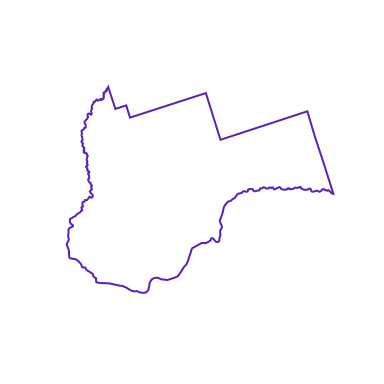 outline of Collón Curá, Neuquén, Argentina, rotated 26°
{"feature_id": "61730980B40628819919033", "entity_name": "Collón Curá", "entity_type": "district", "adm_level": 2, "iso_a3": "ARG", "parent_name": "Argentina", "parent_adm1": "Neuquén", "projection": "equal_earth", "projection_center": [-70.399, -40.052], "detail": "fine", "context": "isolated", "style": "outline", "palette": "violet", "viewbox_px": 384, "rotation_deg": 26, "n_neighbors": 0, "source": "geoboundaries", "source_scale": "gbopen_adm2", "svg_char_len": 5946}
<svg xmlns="http://www.w3.org/2000/svg" viewBox="0 0 384 384"><g transform="rotate(26 192 192)"><path d="M65.7,150.7L65.5,151.4L65.3,153.2L65.0,153.6L64.1,154.1L64.6,155.4L64.6,155.8L64.4,157.1L64.2,157.7L64.5,159.2L65.0,160.3L65.3,160.6L65.6,160.7L65.5,161.3L65.7,161.8L65.6,163.0L65.9,163.6L67.4,165.6L67.7,166.1L67.4,166.7L67.2,166.8L66.7,166.5L65.7,166.7L65.4,166.6L64.6,166.9L64.2,167.4L64.3,168.6L64.8,169.4L65.6,169.9L65.7,170.4L65.6,172.7L64.7,175.0L64.7,175.8L64.8,176.4L65.1,177.0L66.4,177.8L67.5,179.1L68.2,180.3L68.2,180.8L68.0,181.0L67.5,181.2L67.2,181.6L67.1,181.9L67.2,183.0L66.9,183.7L66.7,183.9L66.1,184.9L65.9,185.6L66.7,186.5L67.5,188.0L67.9,189.5L68.5,190.3L69.0,190.5L70.8,193.3L70.8,193.7L70.6,194.3L70.5,194.8L70.7,195.3L71.4,195.8L72.9,196.3L73.1,198.3L73.7,198.9L74.4,199.2L75.5,199.3L75.9,199.8L76.1,200.0L76.2,201.6L76.4,201.9L77.0,201.8L77.2,202.0L77.3,202.2L77.0,203.0L77.0,203.6L78.4,204.1L78.8,204.0L79.5,203.5L80.2,203.4L80.6,203.6L81.2,204.4L81.9,205.1L82.6,205.4L82.6,206.2L82.5,207.0L82.7,207.4L82.9,208.5L83.1,209.0L83.5,209.5L84.2,210.0L84.8,210.9L84.8,212.0L85.2,212.6L86.2,213.1L86.4,213.5L86.4,213.9L86.2,214.4L85.9,214.6L85.6,215.1L85.6,215.3L85.7,215.8L87.7,216.8L87.9,217.0L88.0,218.0L88.3,218.5L88.8,218.7L89.7,218.4L90.6,218.8L91.0,219.2L91.1,219.6L91.0,219.8L90.5,220.5L90.5,221.2L91.5,221.8L92.7,223.0L93.1,224.0L93.6,224.7L93.5,225.1L93.1,226.1L93.8,227.1L95.8,228.5L97.0,228.4L97.5,229.4L99.3,230.2L99.3,230.8L99.1,231.5L99.1,231.8L100.7,233.1L100.8,233.4L100.4,234.4L100.4,234.6L99.9,235.7L99.9,236.2L100.0,236.4L100.3,236.6L100.9,236.7L101.5,237.4L102.1,237.5L104.2,238.4L104.8,239.4L104.8,240.1L104.6,240.7L104.1,241.1L103.1,241.4L102.5,241.1L102.1,241.1L102.0,241.3L101.8,241.7L101.6,242.4L101.7,242.8L101.5,244.1L101.2,245.1L100.6,245.8L99.6,246.0L99.4,246.1L99.4,246.8L99.5,247.3L99.2,248.2L99.1,248.5L98.5,248.7L98.2,248.9L98.2,249.7L98.6,250.6L99.7,252.2L100.2,252.5L100.3,252.7L100.2,253.0L99.7,253.6L99.4,254.3L99.5,254.6L100.8,256.0L101.1,256.2L101.3,256.5L101.2,257.0L100.7,257.4L100.6,257.6L100.4,259.4L99.7,260.1L98.3,262.6L97.9,264.4L97.6,265.0L96.4,266.4L95.5,268.0L94.3,269.5L94.3,269.9L94.5,270.9L95.7,272.6L96.3,273.3L97.4,273.8L99.5,274.0L99.8,274.4L100.0,275.2L98.2,277.4L97.6,278.5L97.5,280.1L99.0,283.0L100.0,286.0L101.8,288.2L102.2,289.1L102.3,291.5L102.2,292.3L102.5,294.4L105.7,297.2L107.2,298.9L109.6,303.5L110.8,304.8L111.3,305.0L111.8,304.9L113.9,304.4L116.4,303.5L117.6,303.4L120.8,304.1L124.3,305.7L125.4,307.1L126.0,307.6L126.7,307.8L127.7,307.2L129.0,306.7L129.5,306.9L129.9,307.4L131.2,308.3L133.6,308.6L134.3,308.5L135.9,308.8L137.9,308.9L139.0,309.3L139.9,310.6L141.0,311.4L141.6,311.6L143.0,311.4L143.8,311.7L144.1,312.8L145.4,314.9L146.1,315.1L147.6,314.4L148.9,314.3L150.4,313.7L150.8,313.4L157.2,310.6L159.3,310.0L167.5,308.0L170.5,307.0L174.1,306.7L180.4,307.3L183.8,306.7L185.9,305.2L188.6,305.2L191.6,304.4L193.6,303.3L195.2,301.6L195.7,299.4L195.1,296.3L194.0,293.0L193.8,290.3L194.4,287.6L196.1,285.6L198.6,284.1L202.8,283.9L205.5,282.9L208.3,282.0L213.0,277.6L216.1,274.1L216.8,270.7L217.7,262.8L218.7,259.7L218.6,255.8L217.7,250.2L217.5,247.6L217.1,245.9L217.0,245.1L216.8,242.8L216.9,242.3L222.9,233.8L224.0,233.0L226.8,232.0L227.9,230.6L230.0,227.3L230.0,227.0L229.7,226.1L229.6,225.4L230.1,224.7L230.9,224.6L232.1,224.8L233.7,225.6L235.0,226.1L235.7,226.2L236.8,225.7L237.8,224.8L237.9,224.5L237.6,223.1L236.9,221.4L236.7,220.3L236.5,218.5L236.1,217.6L235.4,216.7L234.8,215.5L234.4,214.6L234.2,213.7L234.3,212.4L234.5,211.1L234.0,209.8L232.8,208.7L231.4,207.7L229.3,205.2L229.4,203.7L228.9,198.9L228.5,196.7L227.6,193.0L227.3,191.1L227.5,189.2L227.9,187.0L228.8,184.7L231.0,182.5L231.5,180.8L232.0,179.9L232.5,179.5L232.8,179.1L233.2,178.0L233.5,175.6L234.1,173.4L235.9,172.1L237.0,171.0L237.3,170.5L237.4,169.6L237.6,169.1L237.9,168.8L238.5,168.4L240.4,168.1L241.0,167.8L241.4,167.5L241.7,166.8L241.7,166.3L241.5,165.5L241.5,164.9L241.7,164.7L244.3,163.0L244.7,162.9L245.4,163.1L246.4,163.8L247.3,163.9L247.9,163.8L248.9,163.4L249.8,162.4L251.7,161.1L251.8,160.5L251.6,159.8L251.7,159.0L251.8,158.7L252.2,158.5L253.0,158.4L253.6,157.5L253.8,156.9L254.1,156.5L254.4,156.3L255.3,156.2L255.8,156.1L257.4,156.2L258.4,155.9L258.9,155.4L259.2,154.8L259.3,154.3L259.9,153.8L261.3,153.8L261.5,153.7L262.0,152.7L263.0,152.6L263.4,152.8L264.0,153.5L264.4,153.6L265.5,153.1L265.8,152.8L266.4,151.6L267.1,150.9L267.9,149.7L268.4,149.3L268.9,149.2L269.4,149.3L270.7,150.0L271.5,150.1L273.1,149.8L275.1,149.0L275.6,148.4L275.9,147.6L276.0,147.5L276.6,147.6L276.8,147.5L276.5,146.9L277.1,146.3L277.9,146.1L279.1,146.4L279.7,146.3L280.0,146.0L281.5,145.0L282.2,143.6L283.0,142.7L284.7,142.3L286.9,140.1L287.3,139.9L287.5,140.0L287.9,140.7L289.0,140.7L289.7,141.0L292.2,140.7L294.0,139.8L295.1,138.8L295.6,137.9L296.0,137.4L297.0,137.2L297.6,137.5L298.2,138.5L299.2,139.0L299.6,139.0L300.3,138.9L301.5,138.1L302.1,137.4L302.8,137.0L303.8,136.0L304.3,135.8L305.1,136.0L306.0,136.0L306.6,135.8L307.7,134.1L307.8,133.0L307.9,132.7L308.4,132.0L308.8,131.9L309.2,131.6L309.6,131.6L310.0,131.8L311.2,131.9L311.4,131.7L313.0,131.6L313.2,131.4L313.3,130.9L313.5,130.7L314.2,130.5L316.6,131.4L318.6,132.0L319.9,131.7L293.7,104.2L279.6,89.9L260.3,68.9L194.7,132.6L161.1,97.0L103.7,152.3L94.9,143.0L86.7,150.9L70.7,134.4L70.7,134.9L70.9,135.4L70.5,135.7L70.5,136.0L70.2,136.7L70.5,136.8L70.7,137.2L70.8,137.6L70.9,138.6L70.8,138.8L70.3,138.6L70.1,138.7L70.0,139.1L70.3,139.5L70.3,140.0L70.0,140.2L69.1,141.4L69.8,141.8L70.1,142.1L69.9,142.5L69.6,142.8L69.6,143.0L70.1,143.4L70.2,143.7L70.2,144.1L70.7,144.4L70.7,145.2L71.4,145.7L71.3,146.2L71.5,147.0L71.3,147.2L70.9,147.2L70.7,147.4L70.6,147.9L70.9,147.9L71.0,148.1L70.8,148.4L70.7,148.5L70.4,148.2L70.0,148.2L69.7,148.3L69.4,148.3L69.2,148.7L68.8,148.8L68.7,149.1L69.0,149.6L68.5,150.0L68.3,150.2L67.8,150.4L67.7,150.7L67.5,151.0L66.9,151.2L66.2,150.7L65.7,150.7Z" fill="none" stroke="#5b21b6" stroke-width="2"/></g></svg>